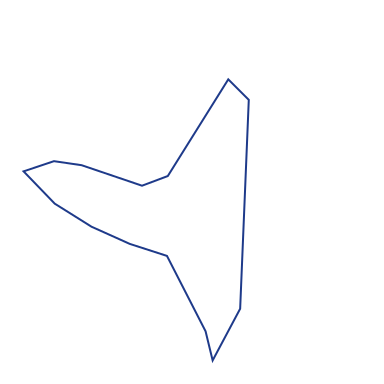 SVG path tracing the border of The Snares, rotated 135°
{"feature_id": "NZL-5480", "entity_name": "The Snares", "entity_type": "state/province", "adm_level": 1, "iso_a3": "NZL", "parent_name": "New Zealand", "parent_adm1": "", "projection": "natural_earth1", "projection_center": [166.619, -48.028], "detail": "fine", "context": "isolated", "style": "outline", "palette": "blue", "viewbox_px": 384, "rotation_deg": 135, "n_neighbors": 0, "source": "natural_earth", "source_scale": "10m", "svg_char_len": 340}
<svg xmlns="http://www.w3.org/2000/svg" viewBox="0 0 384 384"><g transform="rotate(135 192 192)"><path d="M296.5,58.3L280.9,83.9L254.9,164.5L272.7,199.3L287.6,238.5L297.3,280.8L296.5,325.7L267.8,311.4L251.1,289.0L222.9,231.8L197.8,220.4L86.7,246.0L86.7,217.0L240.5,75.4L296.5,58.3Z" fill="none" stroke="#1e3a8a" stroke-width="2"/></g></svg>